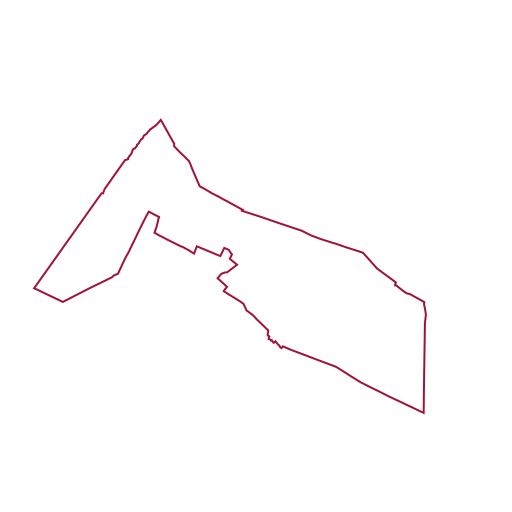 outline of Santa María de la Paz, Zacatecas, Mexico, rotated 196°
{"feature_id": "50627088B97427908684721", "entity_name": "Santa María de la Paz", "entity_type": "district", "adm_level": 2, "iso_a3": "MEX", "parent_name": "Mexico", "parent_adm1": "Zacatecas", "projection": "orthographic", "projection_center": [-103.305, 21.511], "detail": "fine", "context": "isolated", "style": "outline", "palette": "rose", "viewbox_px": 512, "rotation_deg": 196, "n_neighbors": 0, "source": "geoboundaries", "source_scale": "gbopen_adm2", "svg_char_len": 3398}
<svg xmlns="http://www.w3.org/2000/svg" viewBox="0 0 512 512"><g transform="rotate(196 256 256)"><path d="M426.9,160.6L420.7,166.4L414.1,172.6L409.2,177.2L402.9,183.0L398.8,186.6L390.9,193.8L388.5,195.9L387.4,198.0L383.8,200.9L383.6,202.1L381.1,218.0L379.2,225.8L379.0,228.0L378.7,229.3L378.5,230.5L378.2,232.3L377.8,234.5L376.9,239.7L375.8,246.2L375.4,248.4L375.0,250.7L374.8,251.8L373.5,258.8L372.6,263.3L372.4,264.4L372.1,265.5L371.3,269.1L370.4,268.9L364.7,267.7L359.9,266.8L360.0,264.8L359.7,259.2L359.7,258.0L359.6,257.7L360.0,250.4L354.3,249.0L350.3,248.3L350.0,248.2L346.1,247.4L342.5,246.7L331.7,244.7L328.5,244.4L321.9,242.9L316.2,241.2L316.0,243.5L315.7,247.2L315.5,249.0L290.3,246.1L288.7,255.0L284.4,254.5L283.6,254.2L281.3,252.2L280.3,251.4L279.6,251.0L280.4,246.1L275.9,244.1L275.7,244.1L271.8,242.4L279.2,232.4L281.5,231.5L284.4,229.3L286.8,224.1L275.4,218.4L277.4,213.4L272.7,211.9L261.6,208.8L259.5,208.2L257.2,207.4L255.7,206.9L254.9,206.6L251.0,202.2L250.0,201.0L243.3,198.5L240.7,197.2L238.4,195.6L237.2,195.0L224.0,188.0L223.4,187.0L223.5,186.0L223.3,184.7L223.1,183.5L222.7,182.9L221.7,182.7L221.5,182.2L221.0,182.1L221.1,180.3L220.9,179.6L219.4,179.7L218.7,179.2L218.1,178.8L217.6,179.4L216.4,178.4L215.2,177.4L214.8,177.6L213.7,179.4L212.2,178.3L210.5,177.0L209.0,176.4L208.1,175.6L207.6,174.9L207.0,174.9L206.1,174.5L205.1,176.6L197.2,175.5L173.2,173.5L148.4,171.5L146.6,171.0L130.6,166.3L120.5,163.4L120.3,163.4L109.9,161.4L99.8,159.6L89.4,157.6L75.0,155.3L70.3,154.5L61.7,153.1L58.2,152.5L51.6,151.4L52.8,155.9L54.1,160.6L56.5,169.2L59.7,181.1L63.3,194.3L63.3,194.5L64.5,198.8L75.1,238.0L76.5,246.4L78.3,250.4L81.3,256.3L81.5,258.1L97.9,261.9L100.0,261.6L102.5,262.1L106.7,263.7L113.3,266.5L114.1,266.2L114.1,266.3L114.5,267.6L114.3,269.2L114.6,269.3L136.1,277.3L138.7,278.9L145.4,283.2L151.7,287.1L154.1,288.7L154.5,288.7L158.1,288.8L172.1,289.2L180.8,289.7L183.2,289.8L185.2,289.8L185.7,289.8L187.5,289.8L189.3,289.9L197.2,290.1L208.5,290.9L219.0,292.9L232.7,293.5L244.7,294.0L248.3,294.2L261.3,294.9L281.9,295.6L281.4,296.7L287.4,298.0L293.1,299.3L298.2,300.5L302.3,301.3L304.8,301.9L307.3,302.5L315.9,304.2L324.3,306.4L329.3,307.5L331.4,310.0L335.9,315.5L338.5,318.7L342.4,323.5L343.2,324.7L346.6,328.8L348.9,330.0L350.8,331.1L354.6,333.2L357.3,334.5L364.9,338.9L365.0,339.0L365.5,341.3L370.4,346.1L382.0,357.6L383.3,359.0L384.0,359.6L385.0,360.6L385.7,359.1L385.9,358.6L388.0,354.4L388.3,354.2L388.7,353.4L389.2,352.8L389.7,352.1L390.4,351.4L390.7,350.8L391.0,350.4L391.4,350.0L391.8,349.3L392.0,349.0L392.7,348.6L392.9,347.6L393.2,346.9L393.8,346.0L394.1,345.3L394.3,344.6L394.5,344.2L394.7,343.7L395.2,343.0L395.4,342.5L395.6,342.2L396.0,341.9L396.3,341.7L396.9,340.9L397.1,340.1L397.2,339.2L397.4,338.2L397.7,337.3L398.2,336.9L398.6,336.4L398.9,335.2L399.1,334.6L399.5,333.8L399.6,332.5L399.9,331.7L400.4,331.0L400.7,330.7L401.0,330.3L401.0,330.0L400.8,329.0L401.2,328.1L401.5,327.3L401.9,326.4L402.4,325.6L403.2,325.4L403.5,324.5L403.8,323.6L403.8,323.0L403.9,322.1L403.9,320.5L404.0,319.9L404.2,319.2L404.5,318.7L405.1,317.6L405.3,316.8L405.4,316.3L405.6,315.8L406.0,314.6L405.7,313.8L406.1,313.5L408.1,312.1L408.3,312.1L415.9,290.4L416.1,289.6L420.0,278.6L420.3,274.1L421.7,273.7L423.5,268.7L426.0,261.7L426.6,260.0L438.9,224.9L442.5,214.8L448.8,196.7L451.5,189.1L460.4,163.9L429.0,158.6L426.9,160.6Z" fill="none" stroke="#9f1239" stroke-width="2"/></g></svg>